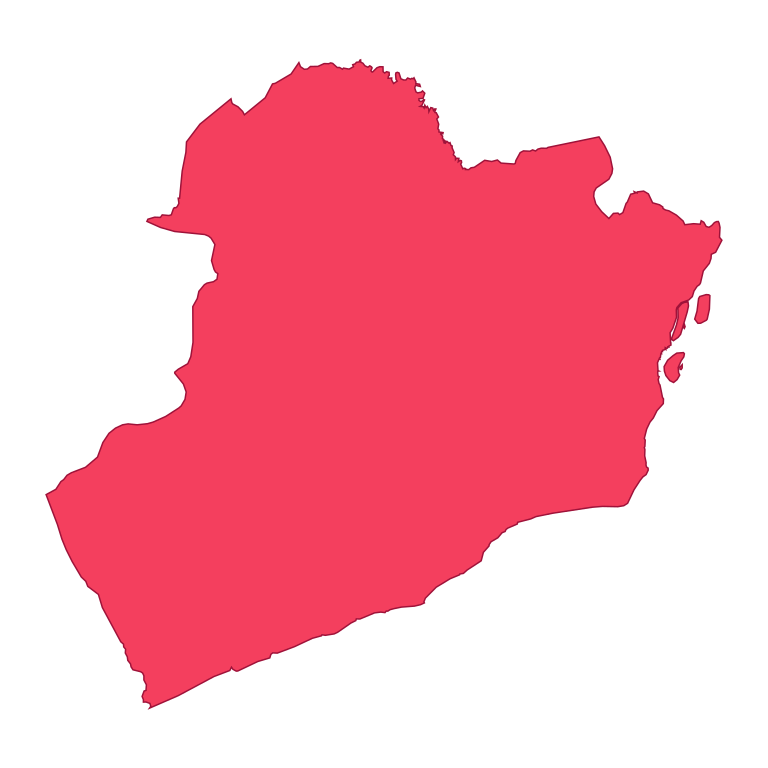 outline of Tanah Bumbu, Kalimantan Selatan, Indonesia
{"feature_id": "22746128B5843223707622", "entity_name": "Tanah Bumbu", "entity_type": "district", "adm_level": 2, "iso_a3": "IDN", "parent_name": "Indonesia", "parent_adm1": "Kalimantan Selatan", "projection": "albers", "projection_center": [115.836, -3.459], "detail": "fine", "context": "isolated", "style": "filled", "palette": "rose", "viewbox_px": 768, "rotation_deg": 0, "n_neighbors": 0, "source": "geoboundaries", "source_scale": "gbopen_adm2", "svg_char_len": 6029}
<svg xmlns="http://www.w3.org/2000/svg" viewBox="0 0 768 768"><path d="M46.1,494.6L57.4,524.4L61.9,539.0L66.2,549.6L72.2,561.6L81.3,577.0L85.8,581.3L87.8,586.4L98.4,594.4L102.4,607.6L120.8,641.8L123.5,644.1L123.7,646.9L125.6,649.2L125.3,653.0L127.3,656.8L127.8,660.4L130.5,663.9L131.1,666.9L133.0,669.8L140.6,671.7L142.6,673.0L143.9,675.8L143.9,680.0L146.4,684.8L146.0,690.4L144.1,691.0L142.1,696.4L143.4,699.6L143.4,702.1L146.0,702.0L149.9,703.4L150.8,706.3L149.6,708.1L178.3,695.6L214.0,676.5L229.8,670.5L231.5,667.2L232.9,669.3L236.2,671.1L237.8,671.0L257.8,661.5L269.8,657.9L270.9,654.3L272.7,652.9L277.3,653.1L280.3,652.0L294.6,646.6L312.3,638.3L321.5,635.8L322.0,634.8L325.3,635.3L334.2,633.9L337.6,632.3L350.8,623.1L355.8,620.6L356.3,618.9L359.9,619.0L374.5,612.9L380.8,612.1L385.0,612.6L386.2,611.1L387.9,611.1L390.0,609.7L394.1,608.6L401.5,607.1L414.5,606.1L420.5,604.7L424.4,602.9L423.9,601.8L425.4,598.1L436.2,587.2L450.2,578.7L459.6,574.8L459.8,574.0L463.4,573.4L467.3,569.9L481.2,560.8L483.4,552.3L489.0,546.0L489.2,544.5L491.1,541.7L497.8,537.8L502.1,532.7L505.1,531.5L506.0,529.5L507.8,528.1L517.3,524.0L517.6,522.3L530.8,518.9L536.0,516.6L552.8,513.2L592.3,507.2L602.6,506.4L617.8,506.7L623.8,505.7L627.6,503.3L634.0,489.8L640.1,480.4L642.9,476.9L646.1,474.6L648.2,470.2L648.1,468.1L646.6,467.1L646.0,465.1L646.1,462.6L644.7,455.9L644.9,449.5L644.3,447.5L644.9,446.4L645.2,440.0L644.3,438.5L646.7,429.0L650.0,422.1L653.3,418.0L657.0,410.6L663.3,403.6L663.5,398.9L662.5,397.4L660.0,385.0L659.0,383.5L658.2,379.6L659.1,376.6L658.0,375.9L657.7,372.9L657.8,371.1L658.7,371.0L658.0,370.7L657.5,362.7L659.1,359.0L659.9,359.2L659.6,357.8L660.4,357.3L660.8,354.0L661.6,353.8L661.2,353.2L661.7,351.6L662.5,351.6L662.5,350.4L665.1,349.5L665.2,348.2L665.8,349.0L665.8,348.0L666.6,348.5L667.5,348.0L667.7,346.9L668.9,347.1L668.8,346.2L671.0,345.0L670.7,343.2L671.5,343.4L670.6,342.8L670.1,332.7L672.8,328.3L676.5,317.4L676.3,309.8L676.9,307.5L681.1,302.7L688.7,300.0L692.3,296.6L694.0,291.0L697.1,286.3L699.5,284.6L700.5,282.9L703.3,270.9L709.3,263.4L711.0,258.5L711.3,254.3L715.6,252.3L721.9,240.2L719.5,237.3L720.0,227.4L719.1,223.2L718.3,221.5L716.5,221.6L714.4,222.6L711.8,225.5L709.0,227.3L706.2,226.5L703.8,222.3L701.2,220.7L700.2,224.2L693.6,223.7L684.8,224.7L683.1,221.0L676.4,215.1L668.9,210.8L665.5,210.0L663.0,208.5L662.8,207.0L659.6,204.8L652.6,202.8L648.4,193.9L643.7,191.1L637.3,191.9L637.1,193.0L634.2,191.7L634.8,193.2L630.7,194.2L627.3,202.1L626.1,203.4L622.9,212.6L619.6,214.6L618.0,213.1L613.4,213.4L608.9,218.5L601.7,211.7L595.8,204.0L593.7,196.5L594.1,191.9L596.2,188.0L608.9,179.2L611.9,173.4L612.6,168.8L610.2,157.2L604.6,145.7L599.0,136.9L548.0,147.4L546.6,148.3L541.2,148.2L537.9,149.1L535.6,151.0L532.6,149.9L530.0,151.2L523.4,150.9L520.2,152.6L515.9,160.5L515.2,163.5L514.0,164.0L501.1,163.1L497.4,160.0L491.7,161.5L484.7,160.3L474.3,167.3L471.0,167.8L468.8,169.6L465.4,169.5L465.6,168.6L464.1,168.2L462.8,168.8L460.7,164.1L461.6,162.6L461.4,160.8L460.2,160.4L458.3,161.7L458.9,158.4L456.5,158.2L455.5,159.5L455.4,156.8L453.3,154.8L454.1,152.5L452.1,147.8L452.2,146.0L451.0,145.5L450.0,142.6L449.1,143.2L446.9,141.3L445.3,143.3L443.9,142.8L443.9,141.3L445.1,141.7L445.2,141.0L444.0,140.0L443.3,140.3L443.4,139.2L442.4,138.6L442.6,136.2L440.6,134.0L440.8,133.4L442.8,133.8L443.1,132.6L439.0,132.0L439.0,130.0L437.9,128.8L438.7,124.2L436.8,119.0L438.5,117.0L436.2,112.7L435.0,112.5L434.8,111.6L435.9,109.0L434.8,108.9L433.5,110.5L432.8,108.1L430.8,107.6L428.9,111.6L428.7,109.0L427.3,106.4L426.1,107.7L424.8,105.2L424.1,108.0L423.2,106.7L420.1,106.4L421.9,105.3L424.5,99.9L423.9,99.6L422.1,101.2L420.4,101.5L418.9,100.3L419.0,98.7L423.0,98.4L424.8,93.2L422.5,90.9L421.3,92.1L417.6,92.9L416.0,91.9L414.7,87.9L415.6,85.3L420.3,86.5L419.6,84.2L415.8,83.6L415.9,81.9L414.0,77.8L413.1,78.8L411.9,78.3L410.6,79.1L407.6,78.0L405.9,80.0L403.7,80.0L400.9,78.8L399.0,72.9L397.3,72.3L395.9,72.9L395.6,74.5L396.0,79.3L397.2,81.1L393.6,83.5L391.6,80.0L391.7,78.0L388.1,78.3L388.4,76.2L389.3,75.3L389.1,72.4L386.6,71.7L384.7,73.0L383.1,71.7L383.0,66.8L379.8,66.7L377.0,67.7L372.6,72.0L371.7,71.8L370.9,70.7L372.1,67.9L371.5,66.9L369.8,65.8L367.9,67.2L364.9,65.8L362.9,63.2L360.8,62.2L360.6,59.9L359.7,60.3L359.3,61.9L356.4,62.3L355.1,63.9L352.7,64.7L353.5,66.7L349.1,69.1L343.5,68.1L342.5,69.2L339.6,67.5L337.2,67.5L332.7,63.4L330.7,62.9L328.7,63.7L324.1,63.6L317.9,66.4L310.4,66.5L307.5,69.0L304.3,69.3L300.5,66.7L298.9,62.6L291.1,74.0L275.3,83.3L272.5,83.9L265.2,97.8L244.4,114.8L242.6,111.4L238.0,106.8L232.8,104.0L231.8,102.6L231.0,98.8L200.0,124.1L186.5,141.9L185.9,152.3L182.2,171.0L179.6,198.2L178.2,198.2L178.9,203.4L177.2,206.6L175.9,207.7L174.3,207.7L173.4,208.8L171.3,214.8L169.0,215.5L162.2,214.9L160.4,217.4L154.6,217.2L147.9,219.2L146.9,221.4L160.6,227.5L174.7,231.5L204.7,234.5L208.6,236.1L211.1,238.2L214.9,244.5L211.5,260.6L214.1,269.5L215.5,272.0L217.8,273.6L217.0,279.2L213.5,281.7L207.0,283.1L204.4,284.7L198.9,291.3L197.3,298.5L192.8,306.6L193.0,342.4L190.8,356.7L187.8,363.7L178.3,369.2L174.7,372.2L174.8,373.3L183.4,384.0L186.2,392.0L185.0,399.4L181.2,405.9L178.8,408.0L165.6,416.5L153.1,422.1L147.5,423.7L137.2,424.8L128.1,423.9L122.6,424.8L115.5,428.1L109.0,433.3L102.9,442.5L97.5,457.1L85.5,467.3L71.4,472.7L67.0,475.3L63.7,479.6L60.9,481.6L55.9,489.3L46.1,494.6ZM673.6,382.5L677.1,379.6L679.7,375.1L678.6,372.8L678.2,367.5L681.2,360.7L683.8,356.9L684.4,353.8L683.5,352.6L676.8,353.1L673.1,355.6L667.7,360.2L664.1,366.6L664.4,371.1L665.9,375.6L669.8,380.6L673.6,382.5ZM700.7,323.2L706.4,320.2L707.2,319.1L709.4,309.2L709.9,295.6L708.8,294.8L706.2,294.6L699.8,296.5L698.6,298.5L697.0,311.2L694.7,319.1L697.9,323.3L700.7,323.2ZM673.4,340.7L678.1,337.4L680.6,334.3L687.2,312.0L688.5,305.9L688.0,301.9L684.4,302.4L681.8,303.6L677.9,308.0L678.2,317.5L676.5,324.9L671.7,338.2L671.8,339.6L673.4,340.7ZM681.2,369.5L682.2,367.9L682.2,364.7L679.7,367.4L680.2,369.4L681.2,369.5ZM684.3,328.4L685.1,326.7L684.5,324.7L683.4,327.2L684.3,328.4Z" fill="#f43f5e" stroke="#9f1239" stroke-width="1.5"/></svg>